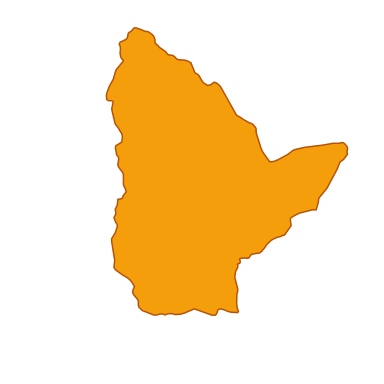 outline of Baghlan, rotated 114°
{"feature_id": "AFG-1766", "entity_name": "Baghlan", "entity_type": "Province", "adm_level": 1, "iso_a3": "AFG", "parent_name": "Afghanistan", "parent_adm1": "", "projection": "mercator", "projection_center": [68.855, 35.789], "detail": "fine", "context": "isolated", "style": "filled", "palette": "amber", "viewbox_px": 384, "rotation_deg": 114, "n_neighbors": 0, "source": "natural_earth", "source_scale": "10m", "svg_char_len": 3810}
<svg xmlns="http://www.w3.org/2000/svg" viewBox="0 0 384 384"><g transform="rotate(114 192 192)"><path d="M320.5,189.2L318.9,193.5L318.3,194.1L317.4,194.9L313.3,196.8L312.3,198.0L309.8,203.0L308.7,204.5L307.5,205.5L305.5,206.0L303.6,206.2L301.7,206.1L298.2,211.4L297.0,214.6L296.5,217.1L296.2,220.5L294.6,228.8L293.9,230.8L292.6,232.7L286.1,234.7L269.5,245.5L267.3,246.4L260.2,245.5L254.3,246.2L252.8,246.7L251.9,247.4L250.7,249.4L247.2,252.9L243.5,252.6L241.6,253.3L240.0,254.5L238.9,255.1L234.6,254.9L228.8,256.7L226.7,253.6L225.9,253.0L225.0,253.3L223.3,253.4L218.6,252.2L215.5,254.9L214.2,256.7L213.1,257.6L212.3,258.2L211.4,258.4L204.7,261.4L203.3,262.4L202.3,263.4L200.0,267.6L198.8,269.5L197.9,270.4L197.0,270.9L191.4,272.5L190.3,273.3L189.7,273.9L188.8,275.9L182.9,279.9L181.8,280.2L180.5,280.3L175.1,276.5L170.0,278.0L169.2,278.4L168.0,279.4L166.8,280.6L165.4,282.8L163.3,285.7L161.3,289.4L160.3,290.5L160.0,290.7L150.3,298.1L148.5,299.2L142.4,300.5L141.6,301.0L141.3,301.7L141.3,302.2L141.5,303.0L142.2,304.5L142.5,305.3L142.6,305.8L142.1,307.6L138.4,309.6L135.7,310.1L129.0,310.5L120.9,309.8L112.2,311.0L110.3,310.8L100.7,308.1L99.8,308.2L99.4,308.6L99.3,309.3L99.1,310.0L98.7,310.8L97.8,311.8L96.3,313.0L94.4,314.2L90.8,315.4L88.0,316.9L87.0,318.3L86.2,318.6L85.6,318.7L84.9,318.7L84.3,318.5L79.7,314.6L78.8,314.1L77.9,313.9L77.0,313.9L73.9,314.6L73.0,314.7L72.2,314.6L71.6,314.3L71.1,313.9L70.7,313.4L70.3,313.1L66.3,311.9L65.6,311.4L65.2,310.7L64.8,309.5L64.3,304.1L64.3,303.1L64.3,302.1L64.4,301.2L64.2,300.2L64.0,299.4L63.7,298.5L63.5,297.7L63.5,296.7L64.1,293.2L64.4,292.2L65.1,290.7L65.7,289.8L66.7,288.8L67.5,288.1L70.8,286.3L71.7,284.4L72.0,282.9L73.0,280.9L73.3,279.7L74.1,275.0L74.5,273.3L75.0,272.0L75.6,271.3L76.1,270.3L76.2,269.2L75.2,265.9L75.1,264.5L75.5,262.8L76.6,260.5L76.7,259.3L76.6,258.0L74.6,252.6L74.1,249.8L74.4,245.6L81.5,238.2L82.0,237.2L82.1,235.7L82.4,234.2L83.0,232.7L85.9,228.9L87.6,225.9L88.3,221.0L86.7,218.9L86.1,218.4L82.7,216.4L82.5,214.9L82.5,214.1L82.7,213.0L83.3,210.8L84.3,208.6L103.2,183.3L103.8,182.2L104.3,177.0L104.8,175.1L105.4,168.8L105.4,167.8L105.2,165.6L105.3,164.6L105.6,163.6L106.6,161.4L107.2,160.3L108.0,159.3L112.0,157.3L124.2,146.5L126.8,143.5L132.6,133.6L132.3,132.2L131.4,130.6L130.6,129.5L127.4,126.4L118.6,119.7L113.1,116.8L111.6,115.5L105.4,107.3L96.4,92.3L90.0,82.7L89.4,81.4L88.4,78.8L87.8,77.8L86.0,75.3L85.6,74.4L85.5,73.4L85.9,72.0L86.9,69.8L87.4,68.9L88.2,68.1L89.3,67.5L92.4,66.7L94.3,65.3L100.7,66.8L103.9,68.7L105.2,69.0L112.1,68.7L133.6,70.2L144.7,73.3L146.2,73.5L147.6,73.3L149.7,72.5L157.8,71.3L159.4,74.9L167.8,85.5L173.5,90.0L174.9,90.9L176.1,91.2L177.0,91.0L177.9,90.6L181.6,88.2L182.3,87.9L183.0,87.8L186.2,88.5L192.5,89.7L194.1,90.4L194.2,90.8L194.4,91.1L194.6,91.3L196.1,92.5L197.0,93.4L198.6,95.6L202.3,98.9L204.9,100.5L210.2,102.5L212.6,102.8L217.6,104.1L219.2,104.9L220.3,105.6L220.9,106.5L221.4,107.4L223.2,110.1L224.8,112.3L227.0,112.9L228.7,113.1L229.5,113.6L230.0,114.4L230.7,116.6L231.4,118.1L232.6,120.3L233.2,121.0L233.7,121.3L234.1,121.1L235.2,120.1L235.8,119.7L236.5,119.4L237.6,119.4L238.2,119.8L238.8,120.7L239.2,121.0L239.5,121.0L239.9,120.8L240.4,120.3L241.3,119.9L242.4,119.6L247.0,119.8L252.6,118.2L261.2,111.4L262.9,110.3L265.0,109.7L267.1,109.4L275.0,106.2L279.2,103.8L282.4,100.9L283.7,101.4L285.9,107.4L286.3,109.3L286.5,110.9L286.5,114.2L286.8,116.7L287.2,118.2L287.8,119.2L288.3,119.8L288.8,120.1L289.3,120.2L289.8,120.3L293.1,120.0L294.9,120.5L296.4,123.6L297.8,142.3L305.6,149.6L308.4,152.9L310.7,157.4L310.9,158.1L311.0,158.6L311.0,159.5L311.1,159.9L311.3,160.8L312.7,163.8L313.4,164.9L314.4,165.8L314.9,166.4L315.3,166.9L315.4,167.4L315.4,167.7L315.3,168.8L315.6,170.0L316.4,171.3L318.3,173.8L319.3,175.3L319.9,176.7L320.5,189.2Z" fill="#f59e0b" stroke="#b45309" stroke-width="1.5"/></g></svg>